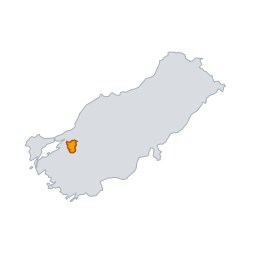 Turkey, with Bilecik highlighted, rotated 329°
{"feature_id": "TUR-2263", "entity_name": "Bilecik", "entity_type": "Province", "adm_level": 1, "iso_a3": "TUR", "parent_name": "Turkey", "parent_adm1": "", "projection": "orthographic", "projection_center": [30.109, 40.071], "detail": "fine", "context": "in_parent", "style": "filled", "palette": "amber", "viewbox_px": 256, "rotation_deg": 329, "n_neighbors": 0, "source": "natural_earth", "source_scale": "10m", "svg_char_len": 4286}
<svg xmlns="http://www.w3.org/2000/svg" viewBox="0 0 256 256"><g transform="rotate(329 128 128)"><path d="M189.8,86.6L193.2,87.4L194.2,86.3L197.1,86.1L199.8,86.4L201.0,84.2L202.9,84.2L203.4,85.1L204.3,85.3L207.4,87.4L207.1,87.8L207.9,88.6L210.4,88.9L210.8,90.1L212.9,91.7L214.3,94.4L214.0,96.6L213.2,98.0L215.4,102.2L215.0,102.8L218.1,103.8L221.7,102.9L222.9,103.4L227.0,106.3L228.1,107.4L225.4,106.2L224.3,107.8L224.1,111.4L220.3,112.6L221.3,114.7L222.5,115.6L222.4,117.7L222.8,118.5L224.1,119.7L224.3,121.6L225.0,123.5L225.4,125.9L227.1,126.3L226.5,127.6L225.5,132.7L225.6,133.0L226.9,133.0L230.0,134.8L229.6,135.6L230.4,138.6L233.1,140.2L232.8,141.3L233.1,142.3L231.3,142.1L228.2,145.5L227.8,145.5L227.1,144.6L226.6,141.8L225.7,141.3L224.6,141.3L222.8,142.8L221.1,143.0L219.3,143.1L214.4,142.1L212.8,142.9L211.0,142.5L207.9,146.4L206.9,146.8L206.2,145.2L204.9,144.4L203.5,145.9L197.7,148.3L195.0,149.0L191.5,148.8L188.8,149.3L181.5,154.0L174.4,156.8L167.8,157.3L164.0,155.3L161.2,155.0L153.0,159.4L148.9,159.6L147.4,158.2L144.2,157.8L143.6,159.3L143.1,162.8L144.5,165.8L142.7,166.1L141.6,166.9L141.4,169.3L139.8,170.3L139.4,171.8L139.1,171.8L136.3,170.8L137.0,169.6L135.1,165.4L135.8,164.0L139.0,160.2L138.8,158.1L137.3,156.8L133.1,159.7L132.7,160.7L131.8,161.5L130.2,162.0L122.3,159.0L117.9,162.2L114.2,166.7L111.3,168.4L102.6,169.9L101.1,170.8L98.1,170.0L96.3,168.9L92.2,164.1L84.6,160.5L76.6,159.6L75.9,160.6L75.7,164.4L74.4,168.0L73.8,168.4L72.0,167.5L65.8,169.6L60.6,167.2L59.7,166.2L58.5,162.0L57.8,161.7L56.9,162.2L56.0,162.2L52.3,160.3L50.3,160.2L49.0,161.9L47.0,162.6L47.0,162.1L47.8,161.0L44.6,161.1L43.0,161.9L40.7,161.4L40.9,160.9L42.7,160.4L46.9,159.8L49.7,157.1L39.6,157.0L38.7,157.6L38.5,156.1L39.1,155.5L41.8,155.0L41.6,153.8L40.1,152.5L38.3,151.8L37.6,148.7L36.8,147.9L36.9,147.5L38.5,147.1L38.9,144.9L38.7,143.5L35.6,142.2L34.9,142.3L34.1,141.1L32.8,140.2L31.6,140.8L28.5,138.9L29.1,137.6L29.9,137.7L30.1,136.7L29.6,135.0L29.7,134.1L30.4,133.9L31.1,134.1L31.9,135.1L31.9,137.1L32.8,138.3L33.4,137.1L34.8,137.8L37.5,137.3L38.0,136.8L36.1,136.8L35.4,136.3L33.9,133.1L35.6,132.2L36.7,130.7L34.6,129.5L35.1,127.4L33.3,124.8L35.9,121.8L35.8,121.3L35.1,121.1L27.3,122.1L27.2,120.7L27.8,119.5L27.9,116.4L28.3,114.8L29.8,114.4L31.6,112.0L34.5,109.3L37.5,109.5L38.7,108.7L40.4,108.7L40.9,109.9L42.4,110.7L45.1,110.6L46.4,109.9L45.2,108.5L46.7,108.1L47.9,108.5L47.3,110.0L47.6,110.1L51.1,109.7L54.8,110.2L58.8,110.1L59.3,109.6L56.5,108.0L58.3,106.7L59.4,106.4L67.8,105.2L67.8,104.9L62.7,104.2L60.0,102.4L59.3,101.4L59.9,99.0L60.4,98.4L62.3,98.3L68.6,99.4L73.1,98.8L78.0,100.3L82.7,100.0L83.7,99.2L84.8,96.9L91.4,93.0L93.7,91.0L103.8,86.8L119.1,86.8L121.7,85.2L123.2,85.6L122.9,86.6L123.0,87.5L125.0,89.7L127.8,90.9L131.5,89.5L132.9,89.9L134.5,93.4L137.0,95.3L138.1,95.4L139.5,94.1L140.8,93.8L143.2,94.9L144.0,96.1L151.5,97.0L153.1,97.9L158.2,98.5L168.9,94.9L173.1,96.2L176.5,96.4L177.9,96.0L182.0,93.4L183.3,92.1L185.9,90.7L189.0,88.0L189.8,86.6ZM48.7,87.7L48.4,89.3L49.0,91.0L50.5,93.5L52.0,94.8L59.5,98.3L58.4,101.4L56.5,101.8L50.1,100.2L47.4,101.4L45.6,101.0L42.9,101.5L42.1,103.4L40.2,105.5L35.0,107.9L30.0,113.0L28.6,113.6L29.3,111.9L29.3,110.3L31.5,108.5L34.4,107.3L35.2,106.1L27.9,106.1L27.3,104.4L28.0,104.1L30.5,101.3L30.8,100.2L30.7,97.3L33.6,95.8L33.9,95.2L33.5,92.4L30.9,90.6L31.0,89.8L32.9,89.2L34.1,87.3L36.9,87.0L38.3,86.1L40.7,85.7L43.7,88.2L47.3,87.4L48.7,87.7ZM26.2,112.7L23.7,113.0L22.9,112.5L23.7,111.7L25.7,111.2L26.3,112.1L26.2,112.7Z" fill="#d9dde1" stroke="#a8b0b8" stroke-width="1"/><path d="M76.1,110.9L76.3,111.5L77.0,112.7L77.4,113.2L76.3,113.3L75.4,114.0L75.2,114.7L75.1,115.4L74.7,116.1L74.2,116.5L73.6,116.5L73.0,116.7L72.9,117.0L72.7,117.3L72.4,117.5L72.1,117.7L72.0,119.2L71.5,120.0L70.9,120.7L70.5,120.8L69.7,120.9L68.8,121.1L68.4,121.0L67.2,120.1L66.8,120.0L66.4,119.7L66.2,119.5L65.8,118.7L65.8,118.1L66.0,116.9L66.6,117.0L67.1,116.8L67.0,116.1L66.7,115.9L66.1,115.1L66.1,114.4L66.4,113.0L67.4,111.9L67.6,111.5L67.6,111.1L67.3,110.8L67.3,110.4L67.4,110.0L67.5,109.7L67.6,109.2L67.8,108.8L68.0,108.6L68.2,108.4L68.8,108.1L69.1,108.7L69.5,109.3L69.9,109.7L70.3,110.1L71.3,110.4L72.7,110.0L73.2,109.9L73.6,110.1L74.0,110.1L74.3,110.3L74.6,110.7L74.8,110.8L75.6,110.8L76.1,110.9Z" fill="#f59e0b" stroke="#b45309" stroke-width="1.5"/></g></svg>